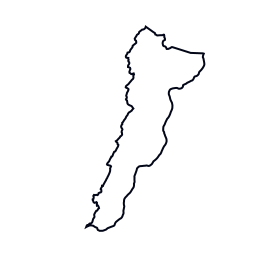 Ibotirama, Bahia, Brazil (Robinson projection), rotated 216°
{"feature_id": "56859067B45817920409043", "entity_name": "Ibotirama", "entity_type": "district", "adm_level": 2, "iso_a3": "BRA", "parent_name": "Brazil", "parent_adm1": "Bahia", "projection": "robinson", "projection_center": [-43.208, -11.971], "detail": "fine", "context": "isolated", "style": "outline", "palette": "ink", "viewbox_px": 256, "rotation_deg": 216, "n_neighbors": 0, "source": "geoboundaries", "source_scale": "gbopen_adm2", "svg_char_len": 5853}
<svg xmlns="http://www.w3.org/2000/svg" viewBox="0 0 256 256"><g transform="rotate(216 128 128)"><path d="M89.0,67.8L89.3,68.9L89.3,70.3L89.2,71.1L89.0,72.1L89.0,73.0L88.7,75.0L88.4,76.1L88.3,77.2L88.3,78.0L88.4,79.1L88.5,80.3L88.6,81.2L88.6,83.0L88.8,83.8L89.3,84.9L89.8,85.7L90.3,86.2L90.6,86.8L90.7,87.6L91.3,88.7L92.2,89.7L93.0,90.8L93.4,91.5L94.1,92.2L94.6,93.2L95.1,95.2L95.7,97.2L96.2,98.9L96.9,100.5L96.9,101.5L96.7,102.3L96.4,103.5L95.5,104.5L94.4,105.4L93.0,106.7L91.7,107.8L91.1,108.5L90.3,108.9L89.4,109.2L88.7,109.7L88.3,110.3L88.0,111.0L87.7,112.1L87.5,113.0L87.6,114.1L87.8,116.0L87.5,117.0L87.3,117.7L86.9,119.5L86.7,121.0L86.7,123.0L86.8,124.2L86.7,125.2L86.5,125.9L86.6,127.0L86.7,127.7L87.1,129.0L87.3,130.1L87.5,131.0L87.8,132.4L88.1,134.4L88.0,136.3L88.1,137.1L88.4,138.5L88.9,139.8L89.7,140.9L90.7,141.9L91.7,142.5L92.5,143.0L93.4,143.5L94.4,144.3L95.4,144.8L95.9,145.4L96.4,145.9L97.3,146.2L98.1,146.7L99.2,148.3L100.1,149.8L100.3,151.0L100.4,152.4L100.9,154.2L101.2,155.5L101.5,157.3L101.7,158.4L101.5,160.2L101.7,162.1L102.1,164.0L102.7,165.8L103.3,168.6L103.8,170.1L105.4,172.5L107.2,174.2L109.9,175.6L111.0,176.4L112.9,178.1L114.1,178.8L114.7,179.2L115.2,179.8L116.1,181.2L116.5,183.0L116.5,183.9L116.2,184.7L115.1,186.3L114.0,187.4L113.1,188.3L112.2,189.0L111.6,189.3L110.4,189.5L109.7,189.8L108.6,190.9L108.0,191.9L107.8,193.0L108.0,194.0L108.6,195.0L108.2,196.0L107.8,196.7L106.9,198.3L106.7,199.4L106.2,200.2L105.4,201.7L104.6,203.4L104.0,204.2L103.8,205.2L103.9,206.5L104.3,207.9L104.3,208.8L103.7,209.6L103.2,210.2L102.8,211.0L102.6,211.9L102.5,213.1L103.0,214.3L103.3,215.3L102.9,217.9L102.8,220.0L103.0,222.4L103.4,224.0L104.3,225.2L105.7,226.6L106.4,227.2L107.3,228.1L108.0,228.7L108.7,229.0L109.2,229.4L109.9,230.9L110.4,232.7L111.3,232.4L119.8,226.7L121.4,225.6L139.7,219.5L140.3,219.0L140.6,218.0L140.9,217.3L141.4,216.6L141.7,215.9L142.3,215.3L143.2,214.7L144.0,215.2L144.6,215.6L145.6,215.8L146.3,215.7L147.1,215.3L147.9,215.3L148.5,215.7L149.8,216.9L150.3,217.8L150.6,218.7L150.6,219.5L149.9,221.0L150.4,221.8L151.2,222.4L152.0,222.8L152.8,223.9L153.6,224.6L154.2,224.3L154.5,223.5L156.2,222.2L157.2,221.4L158.1,220.6L158.8,220.0L160.1,220.0L160.8,219.7L161.6,220.2L162.3,220.7L163.2,220.5L173.2,220.4L172.8,219.3L172.9,218.1L173.2,217.2L173.7,216.5L174.4,215.9L174.7,214.7L175.1,213.4L175.4,212.3L174.9,211.1L174.9,210.1L175.3,209.4L175.5,208.5L175.3,207.4L175.2,205.7L175.1,204.3L174.2,203.4L172.8,203.3L171.9,202.5L171.4,201.7L171.6,200.7L172.0,199.4L172.4,198.0L172.5,197.1L172.0,196.4L171.9,195.1L171.9,194.1L172.0,193.0L171.8,191.9L171.5,191.0L171.5,190.1L172.0,189.5L172.7,188.7L172.2,187.5L172.2,186.3L172.1,185.2L171.6,184.3L170.9,183.9L170.1,184.1L169.5,184.7L168.9,184.9L168.5,184.1L167.5,183.5L167.3,182.5L166.6,182.0L165.7,181.9L165.0,181.2L164.7,180.2L164.7,178.9L164.4,178.1L163.8,177.3L162.8,177.7L161.7,177.9L160.7,177.1L160.6,176.3L160.3,175.5L159.9,174.2L159.1,173.5L158.2,173.7L157.2,173.5L156.4,173.9L156.1,174.7L155.5,175.5L154.6,174.9L154.5,174.0L154.3,173.2L153.5,172.4L153.1,171.8L152.8,170.8L153.0,169.8L153.2,168.7L153.2,167.6L153.3,166.6L153.4,165.8L153.4,165.0L153.4,164.1L153.7,162.8L154.0,161.8L154.2,160.6L153.8,159.6L153.0,159.5L152.1,159.8L151.2,159.8L150.4,159.7L150.0,158.9L149.7,157.7L149.6,156.7L149.5,155.8L149.1,155.0L148.8,154.1L148.4,153.0L147.1,152.3L146.6,151.4L146.6,150.1L146.0,149.7L145.0,149.7L144.5,149.2L142.8,147.5L142.0,147.2L141.0,147.2L140.2,147.3L139.4,147.5L138.1,147.8L137.4,147.7L136.4,147.3L135.1,146.9L135.3,145.4L135.2,144.3L135.5,143.4L135.7,142.7L136.0,141.9L136.4,141.1L136.4,140.3L136.4,139.5L136.1,138.7L136.0,137.8L136.1,136.8L136.1,136.0L135.8,135.1L135.7,133.9L135.7,132.9L135.8,131.9L135.6,130.8L135.6,129.7L135.7,128.6L134.9,127.9L134.9,126.4L134.5,125.2L133.6,124.4L132.9,124.2L132.3,124.0L131.6,123.5L131.3,122.0L130.8,120.9L130.1,120.6L129.5,119.9L128.8,119.1L128.8,118.2L129.0,117.3L129.3,116.6L129.1,115.8L129.2,114.7L129.4,113.7L129.5,112.1L129.7,111.3L130.1,110.2L129.0,109.8L128.1,109.9L127.5,109.5L126.8,108.7L125.9,108.7L125.5,108.0L125.2,107.0L125.1,105.8L125.0,104.7L124.8,103.6L124.6,102.5L124.6,101.5L125.2,100.6L125.0,99.7L124.8,98.6L124.6,97.8L124.3,96.9L124.1,95.8L124.7,95.0L124.3,94.1L124.4,93.2L124.1,91.8L123.9,90.8L123.7,90.0L123.8,89.1L123.9,88.1L123.9,87.3L123.7,86.3L123.0,86.0L122.1,86.4L121.2,86.7L120.0,87.2L119.2,87.0L118.9,85.7L118.7,84.7L118.0,84.0L117.2,82.7L116.8,81.6L116.4,80.1L116.1,78.7L115.9,77.7L115.8,76.6L115.5,75.5L115.4,74.6L115.4,73.8L115.1,72.7L115.0,71.5L114.9,70.5L114.7,69.1L114.5,67.3L114.2,66.5L115.1,66.0L114.5,65.0L114.4,63.4L114.2,62.5L113.3,62.3L112.7,61.6L112.1,60.8L112.2,59.9L113.0,59.0L113.5,58.0L113.0,56.6L113.4,55.6L114.4,55.3L115.1,54.4L116.2,53.9L116.1,52.6L115.3,52.2L114.9,51.6L114.3,50.4L114.7,49.6L114.3,49.0L113.7,48.8L112.9,48.2L112.3,47.8L111.2,47.7L110.4,48.6L110.1,49.4L109.3,49.4L108.7,48.6L108.1,47.5L107.5,46.9L107.0,47.6L106.0,47.3L105.2,46.8L104.3,46.1L104.6,44.5L104.4,43.7L104.5,42.8L105.0,42.3L104.9,41.0L104.8,40.1L104.7,39.1L104.4,38.0L103.7,37.2L103.1,36.7L102.7,35.8L102.8,34.9L102.7,33.9L102.4,33.0L102.0,32.1L101.7,31.1L101.5,30.4L101.8,29.6L102.0,28.7L102.9,28.1L103.0,27.2L103.1,26.3L103.9,25.6L104.0,24.8L103.8,24.0L103.6,23.3L103.1,24.4L102.4,25.5L101.9,26.4L101.2,27.1L100.4,27.7L99.4,28.1L98.7,28.5L97.0,28.5L96.0,28.6L94.8,29.0L94.0,28.9L93.1,28.1L92.3,27.8L91.4,28.0L90.4,28.2L89.0,29.3L88.4,29.7L87.8,30.3L87.4,30.9L86.8,31.8L86.2,32.7L85.9,33.4L85.8,34.1L85.6,34.9L84.6,36.5L83.6,38.1L82.7,39.4L82.1,40.3L81.8,41.2L82.0,42.1L82.3,42.9L82.5,44.0L82.5,44.9L82.3,45.7L82.0,46.9L81.5,48.7L81.1,49.9L80.7,50.6L80.5,51.5L80.5,52.5L80.7,53.5L81.0,54.4L81.2,55.3L81.3,56.0L82.0,57.1L83.0,58.2L84.0,60.4L84.4,61.2L84.7,62.0L85.2,62.7L85.9,63.2L86.9,64.3L87.6,65.3L88.0,66.2L88.4,66.7L89.0,67.8Z" fill="none" stroke="#020617" stroke-width="2"/></g></svg>